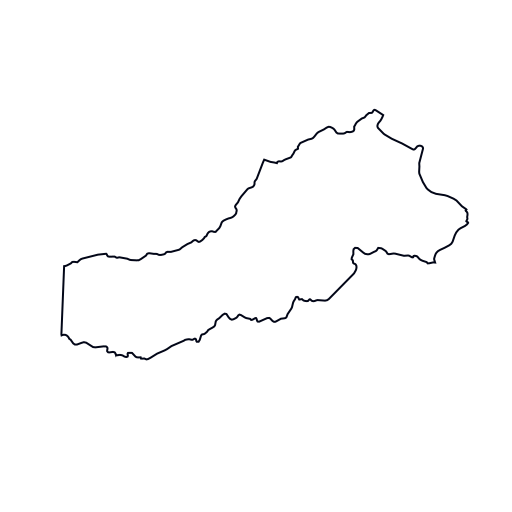 map outline of La Paz (Natural Earth projection), rotated 244°
{"feature_id": "BOL-1936", "entity_name": "La Paz", "entity_type": "Department", "adm_level": 1, "iso_a3": "BOL", "parent_name": "Bolivia", "parent_adm1": "", "projection": "natural_earth1", "projection_center": [-68.162, -14.972], "detail": "fine", "context": "isolated", "style": "outline", "palette": "ink", "viewbox_px": 512, "rotation_deg": 244, "n_neighbors": 0, "source": "natural_earth", "source_scale": "10m", "svg_char_len": 6082}
<svg xmlns="http://www.w3.org/2000/svg" viewBox="0 0 512 512"><g transform="rotate(244 256 256)"><path d="M193.5,461.2L192.8,461.2L191.9,459.5L191.4,457.0L191.3,452.0L190.9,449.5L189.4,446.3L187.4,443.7L182.7,439.0L181.4,436.9L180.9,434.4L180.7,429.1L180.8,424.1L180.6,421.7L179.9,419.7L179.1,418.4L177.9,417.1L175.6,415.0L174.7,414.6L171.6,414.1L172.6,412.4L173.5,408.6L174.1,407.1L175.7,406.7L178.8,403.5L180.6,402.1L182.2,401.4L183.9,401.0L185.4,400.4L186.7,398.7L186.9,397.7L186.7,397.2L186.2,397.0L186.0,396.6L186.2,396.0L186.6,395.5L189.1,393.8L189.8,392.9L191.3,389.1L197.2,382.0L198.0,380.6L199.1,376.9L199.6,375.9L200.5,375.2L202.6,375.0L203.7,374.7L207.1,372.7L208.1,371.9L209.7,369.4L208.2,367.0L207.9,365.8L208.0,363.7L207.9,359.7L208.1,358.3L208.6,357.1L210.1,355.0L212.0,353.9L218.6,350.9L219.9,348.6L219.3,346.7L217.9,345.7L214.9,344.3L212.5,341.4L211.2,340.5L209.6,341.1L207.7,340.4L207.1,340.3L206.4,340.6L205.3,341.6L204.6,341.9L203.1,341.9L201.8,341.4L200.5,340.5L199.4,339.4L197.4,336.5L185.4,302.6L185.1,300.6L185.6,298.5L189.4,292.0L189.7,290.7L189.8,289.3L190.1,288.0L190.9,286.8L191.5,286.4L193.1,285.8L193.5,285.5L193.5,284.9L192.8,282.9L193.2,281.8L194.1,280.4L195.2,279.2L197.1,278.4L197.9,275.8L199.1,275.7L200.4,275.8L201.3,275.0L201.5,273.7L200.1,272.2L198.7,269.9L197.7,268.8L194.2,265.9L193.3,264.8L189.9,258.9L187.7,256.6L187.3,255.4L187.6,254.1L188.5,251.5L188.7,251.0L188.4,245.4L188.5,244.2L189.0,243.3L190.3,242.4L193.5,241.4L194.5,240.8L195.3,238.8L195.6,230.0L196.4,228.7L197.5,228.6L198.9,228.9L200.1,228.9L200.5,228.2L200.3,225.0L200.5,223.9L200.8,223.5L201.8,223.3L202.2,223.0L204.5,220.0L205.7,219.0L209.5,216.6L210.6,215.4L210.4,214.0L209.6,212.7L209.1,211.4L209.0,208.8L209.1,207.5L209.4,206.3L210.9,205.1L212.9,204.5L216.8,204.0L217.9,202.6L217.7,200.2L216.2,195.6L215.9,193.3L215.5,192.2L214.9,191.2L211.8,188.9L211.0,187.6L210.7,185.4L210.6,182.9L210.4,180.6L209.4,178.9L208.7,176.3L208.6,175.3L208.8,174.2L209.1,173.4L209.1,172.7L208.4,171.6L205.3,168.7L204.1,166.8L204.9,165.2L205.6,165.1L207.4,165.5L208.1,165.3L208.6,164.6L208.6,163.8L208.5,162.9L208.6,162.0L209.1,161.2L210.3,159.7L210.8,158.8L211.3,157.2L211.7,155.5L211.5,153.9L212.1,140.6L211.3,135.2L211.2,132.5L211.6,124.4L210.8,116.7L210.7,113.8L211.1,112.2L212.9,110.6L213.5,109.0L214.2,107.7L215.5,107.9L216.3,106.0L217.2,104.5L218.3,103.6L223.2,102.1L223.6,101.5L225.0,98.5L224.4,97.7L222.5,97.1L221.9,96.5L222.0,95.3L222.6,94.4L223.4,93.6L225.1,92.5L225.9,91.6L226.6,90.6L227.1,89.6L227.4,88.2L227.8,87.6L228.4,87.3L228.1,86.7L228.7,86.8L230.6,86.9L231.2,86.8L231.6,86.5L232.3,85.6L232.5,85.4L233.7,81.7L234.4,80.8L235.7,80.5L236.7,81.0L237.6,81.8L238.6,82.2L239.8,82.0L240.5,81.5L241.6,79.4L244.3,71.6L245.6,69.6L252.5,65.4L254.0,63.5L254.4,61.2L254.9,56.3L255.8,54.4L257.6,53.4L262.0,52.7L263.6,51.8L264.7,51.9L266.2,51.6L267.6,51.0L268.6,50.2L269.5,48.7L269.9,46.9L269.9,46.5L271.0,46.8L331.0,79.1L330.6,80.3L330.4,81.7L330.5,85.8L330.6,86.7L331.1,87.8L331.0,88.9L330.3,90.3L328.7,92.7L329.6,95.6L329.9,97.1L329.8,98.8L326.5,114.5L323.7,122.3L322.9,122.6L321.9,122.5L320.7,122.7L319.7,123.8L317.5,128.6L317.0,129.0L315.9,129.7L315.5,130.1L315.2,130.7L314.9,132.1L314.7,132.7L310.0,139.1L307.9,140.9L307.1,142.0L304.6,146.5L303.6,148.7L303.7,151.1L304.6,157.3L305.7,159.1L305.6,160.4L305.1,161.6L302.7,165.1L301.6,167.3L300.9,168.2L299.9,168.9L299.2,169.8L298.6,171.1L297.9,173.9L297.9,175.2L298.7,177.0L298.5,178.4L297.0,181.3L295.4,189.4L295.4,190.5L296.2,193.5L296.8,199.7L296.6,203.8L297.2,206.0L297.3,207.2L297.0,208.3L296.3,209.2L294.4,210.2L293.7,210.8L293.5,212.1L293.7,213.4L293.9,214.7L294.8,217.2L295.5,218.1L295.6,218.5L295.6,219.8L295.9,220.5L297.1,221.9L297.8,223.1L298.2,224.4L298.1,225.8L297.6,227.2L297.2,227.7L296.3,228.6L295.9,229.2L295.5,229.9L295.4,230.4L295.7,231.0L297.2,235.2L298.4,237.0L301.2,239.9L301.7,241.0L302.0,242.5L302.0,245.3L301.8,247.9L301.5,249.2L301.3,250.7L301.3,251.8L301.5,253.2L302.3,255.6L303.1,256.9L304.0,257.5L304.8,258.2L305.4,258.6L306.0,258.8L306.7,258.9L308.1,258.7L308.8,258.7L309.5,258.8L310.2,259.4L310.8,260.3L311.9,262.8L312.4,263.7L313.2,264.6L314.6,266.4L316.1,269.1L319.8,277.6L320.0,278.5L320.0,279.4L319.6,282.2L319.6,282.9L319.6,283.6L319.9,284.4L320.3,285.1L320.9,285.9L321.7,286.4L322.9,287.0L323.3,287.3L323.8,287.9L325.0,290.4L336.6,302.8L339.0,305.6L334.2,310.3L332.1,313.3L330.3,315.5L330.9,316.1L331.1,316.3L331.2,316.8L331.1,317.9L330.8,318.6L330.3,319.3L329.9,320.1L329.7,320.9L329.7,321.7L329.9,323.3L329.9,325.0L329.4,330.1L329.4,330.7L329.6,331.2L330.7,332.8L331.6,334.5L333.3,336.6L333.9,337.8L334.0,339.3L333.9,340.4L334.0,340.8L335.8,341.5L336.0,341.8L336.5,342.7L337.7,344.5L338.1,345.5L337.8,353.9L337.0,357.4L337.1,359.1L337.8,360.9L339.5,364.4L340.0,366.4L340.0,372.5L340.4,375.6L340.4,376.7L340.3,377.9L339.5,379.2L338.1,380.4L336.6,381.4L335.2,381.9L331.7,382.4L330.3,383.2L329.2,385.1L328.1,387.4L327.6,388.6L327.5,390.0L327.7,391.3L327.7,392.0L327.4,392.7L326.4,394.2L326.1,394.8L325.7,396.2L325.5,397.6L325.8,398.9L326.7,399.8L329.3,401.0L330.0,402.2L330.8,403.2L331.6,404.5L332.0,405.3L332.3,406.4L333.2,411.4L333.0,413.5L333.0,414.4L333.7,416.0L334.1,416.6L335.0,420.2L333.9,422.8L334.1,423.5L334.5,424.3L335.0,424.9L335.3,425.5L335.5,426.4L335.1,427.0L334.4,427.6L326.9,432.1L325.6,430.7L324.0,428.6L323.0,427.0L322.2,425.1L321.5,423.8L321.0,423.2L320.1,422.4L319.4,422.0L318.6,421.8L317.6,421.8L310.0,424.3L308.8,424.9L301.9,429.4L294.8,435.2L293.4,436.4L283.8,443.2L282.7,444.1L282.5,444.5L282.4,444.9L282.5,445.9L282.9,446.9L283.4,448.0L283.8,448.9L283.8,449.7L283.8,450.1L283.5,451.3L283.1,452.0L282.7,452.5L281.5,453.4L280.7,453.5L280.0,453.5L279.3,453.2L268.0,443.5L266.7,442.9L264.8,442.1L260.1,439.5L258.4,438.9L249.3,438.4L242.4,439.0L240.5,439.6L236.8,441.5L236.3,441.9L233.0,445.0L227.9,452.3L225.9,454.5L220.9,458.7L218.0,460.5L210.4,462.9L206.1,465.3L205.5,465.5L205.0,464.4L204.3,464.4L203.4,464.8L202.2,464.9L201.2,464.6L200.2,464.1L198.5,462.9L196.7,462.3L196.3,461.9L195.1,460.3L194.2,460.6L193.5,461.2Z" fill="none" stroke="#020617" stroke-width="2"/></g></svg>